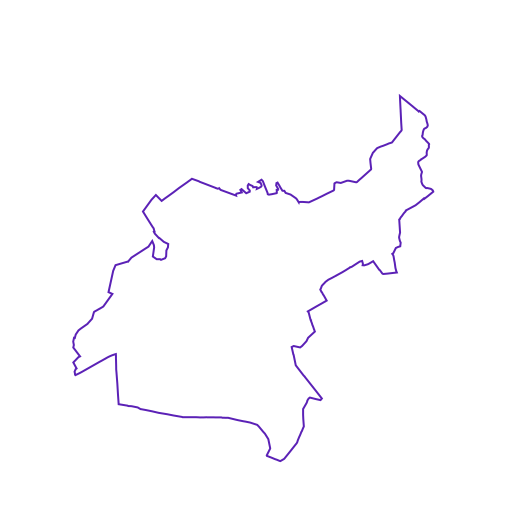 Varakļānu pag., Varaklanu, Latvia (Albers equal-area conic projection), rotated 15°
{"feature_id": "27541924B80476747550323", "entity_name": "Varakļānu pag.", "entity_type": "district", "adm_level": 2, "iso_a3": "LVA", "parent_name": "Latvia", "parent_adm1": "Varaklanu", "projection": "albers", "projection_center": [26.71, 56.607], "detail": "fine", "context": "isolated", "style": "outline", "palette": "violet", "viewbox_px": 512, "rotation_deg": 15, "n_neighbors": 0, "source": "geoboundaries", "source_scale": "gbopen_adm2", "svg_char_len": 5953}
<svg xmlns="http://www.w3.org/2000/svg" viewBox="0 0 512 512"><g transform="rotate(15 256 256)"><path d="M133.2,294.8L122.7,301.2L121.9,307.3L122.9,329.1L127.1,329.8L121.6,344.3L120.2,345.8L114.2,351.7L114.0,352.2L113.9,359.0L111.3,364.1L110.8,365.2L105.6,371.4L103.8,373.8L102.2,378.5L102.2,382.1L101.4,382.1L101.6,386.0L103.1,389.1L103.2,391.7L112.0,398.5L110.7,399.6L107.1,406.1L111.8,411.1L111.1,411.9L110.7,414.7L111.7,416.7L111.9,417.4L112.4,417.8L114.4,416.1L116.0,414.7L117.6,413.2L131.4,399.6L132.2,398.8L133.8,397.3L138.9,392.3L140.6,390.8L142.5,389.3L144.4,388.0L146.0,387.0L146.5,388.5L146.8,389.5L147.2,391.1L147.8,393.0L149.5,398.8L150.3,401.7L151.4,404.7L155.1,415.2L158.6,425.7L161.7,434.7L170.7,433.8L171.4,434.0L174.6,433.3L180.9,432.9L184.2,433.8L184.5,433.7L189.5,433.3L196.0,432.9L202.5,432.7L211.4,431.8L217.6,431.4L226.2,430.6L226.8,430.7L236.8,428.0L241.2,426.9L243.8,426.4L248.7,425.0L249.2,424.8L261.2,421.7L264.3,420.9L265.5,420.9L271.0,419.5L279.5,419.3L281.8,419.2L286.4,418.9L286.5,418.9L288.5,418.7L293.4,418.4L300.9,418.8L302.9,420.0L308.4,423.9L310.6,425.3L315.2,429.6L315.4,429.9L319.5,438.1L319.5,438.5L318.0,445.7L318.0,445.9L318.4,446.3L320.0,446.4L321.1,446.6L321.7,446.6L324.1,446.9L327.0,447.3L328.8,447.4L331.8,447.8L332.6,447.8L335.4,445.0L335.8,444.5L339.3,436.6L342.7,428.7L343.0,428.0L343.6,426.7L344.0,425.5L344.1,423.2L344.6,419.4L344.9,417.8L345.4,413.9L345.6,413.5L346.0,410.3L346.3,408.4L346.3,408.2L344.7,403.6L343.9,401.3L342.6,397.2L341.1,391.6L342.9,384.9L343.1,383.3L343.0,382.4L343.7,380.1L344.7,378.8L351.3,378.7L355.6,378.5L356.5,376.6L345.7,368.5L334.4,360.1L334.3,359.9L332.9,359.1L322.7,351.3L317.9,341.7L317.6,341.5L314.0,334.7L315.7,333.2L322.3,332.9L323.8,331.0L326.8,325.2L327.5,321.5L330.8,316.3L331.5,315.2L332.4,313.8L332.2,313.6L331.6,312.5L331.0,311.8L329.5,309.5L329.4,309.4L328.9,308.7L328.3,308.0L327.4,306.5L325.5,303.9L325.6,303.7L325.4,303.6L324.8,302.8L321.6,297.1L321.2,296.7L320.4,296.1L327.3,289.2L335.8,280.8L331.5,276.4L330.8,275.9L329.1,274.0L328.7,273.9L326.8,271.8L327.1,270.2L327.3,267.8L328.0,266.4L329.4,263.9L329.6,263.4L329.9,262.9L332.0,260.2L334.8,257.7L343.5,249.4L346.6,246.2L347.5,245.2L349.2,243.4L349.9,242.4L350.3,242.4L351.3,241.6L357.6,234.6L359.8,233.3L361.2,235.7L361.4,236.5L361.4,237.3L361.9,237.2L362.8,237.1L366.1,235.1L367.3,234.0L370.5,230.7L378.7,237.5L379.3,237.6L382.5,240.2L383.1,240.4L383.7,240.4L387.5,239.0L396.3,235.5L395.4,234.3L393.8,231.5L391.7,226.5L390.6,224.3L388.9,220.6L388.2,219.6L387.1,218.7L387.9,217.7L389.0,212.1L390.6,210.7L392.8,209.3L392.3,205.7L391.5,204.7L391.1,204.2L389.5,201.3L389.3,200.4L389.2,198.8L389.1,196.1L384.9,183.7L385.4,183.2L385.5,182.3L385.9,181.0L386.5,179.8L387.6,176.8L388.2,175.5L389.0,174.1L388.9,173.3L397.0,165.7L400.0,161.7L403.3,156.9L403.7,157.3L406.7,153.4L407.1,152.8L410.6,148.0L410.3,147.5L410.0,147.2L409.8,146.9L409.2,146.6L408.2,146.1L407.9,146.0L407.1,145.9L404.0,146.0L403.5,146.1L403.1,146.3L402.7,146.4L402.3,146.3L401.0,145.6L399.2,144.6L398.8,144.4L397.8,143.3L396.9,142.0L396.5,141.4L396.4,141.1L396.4,140.6L396.1,139.4L396.0,139.0L395.6,138.0L395.0,136.6L394.6,135.4L394.5,133.8L394.6,132.2L394.5,131.7L389.2,125.6L389.0,125.2L388.4,123.5L388.4,123.0L388.5,122.7L388.7,122.3L389.0,121.8L389.8,121.0L390.3,120.4L390.4,120.0L390.5,119.8L391.0,119.4L391.4,119.0L393.7,116.4L394.7,114.8L394.8,114.3L394.6,113.6L394.4,112.9L394.1,112.0L393.9,110.1L394.1,109.0L394.2,108.5L394.6,107.7L394.8,107.1L394.9,106.7L394.8,105.9L394.5,105.1L394.2,103.9L394.3,103.2L394.2,103.1L394.1,102.9L392.7,102.0L390.6,100.8L388.8,99.5L388.3,99.3L387.4,99.0L386.7,98.6L386.0,98.1L385.4,97.2L385.4,96.9L385.4,96.6L385.6,96.1L385.2,93.3L385.2,91.8L385.3,90.5L385.5,89.8L385.8,89.3L386.3,88.9L386.9,88.4L387.4,87.8L387.8,87.2L388.0,86.8L388.1,86.0L388.1,85.3L387.5,84.1L387.0,83.3L386.1,81.9L385.1,79.8L383.8,77.6L383.2,76.9L382.6,76.4L376.4,73.6L375.8,74.3L375.7,74.2L365.2,69.4L353.6,64.2L354.5,67.1L357.2,75.5L358.0,77.9L358.3,78.9L358.6,79.8L361.8,89.8L364.0,96.3L364.1,96.5L364.0,97.2L363.5,98.4L363.2,98.8L358.9,108.9L358.2,110.6L357.9,111.2L357.0,111.8L355.2,112.9L353.6,114.2L350.2,116.7L348.2,118.0L345.9,119.8L345.3,120.3L345.0,120.6L343.5,123.5L343.0,124.6L342.2,126.0L341.2,132.4L341.2,132.9L342.4,136.2L344.7,142.0L344.7,142.6L341.0,148.3L337.6,153.5L336.2,155.5L334.4,158.4L333.9,158.8L333.5,158.9L327.4,159.2L326.1,159.3L324.5,159.7L319.0,163.5L314.8,163.9L314.5,164.1L313.2,165.3L313.0,165.6L314.3,171.9L314.2,172.2L313.9,172.7L308.2,177.6L304.2,181.2L301.5,183.5L300.3,184.6L293.2,190.5L287.5,191.6L284.8,192.3L283.5,192.8L283.5,193.2L280.7,190.6L279.8,190.0L278.5,189.5L273.5,187.7L268.3,187.4L266.5,185.7L264.9,186.1L264.6,186.1L263.1,184.7L261.4,183.1L260.5,182.1L257.8,179.5L256.9,180.3L257.2,182.4L257.2,182.6L260.7,186.2L260.8,186.2L258.9,186.8L259.8,189.7L259.6,190.0L255.3,192.2L252.6,193.4L252.4,193.4L251.4,193.3L251.3,193.2L251.0,192.4L250.7,191.9L246.3,186.1L243.3,182.0L241.6,180.9L238.8,183.9L241.5,184.2L243.1,186.2L243.2,187.1L242.8,188.0L241.2,189.5L239.5,190.9L239.5,190.2L238.8,189.3L236.7,189.9L235.5,190.4L234.6,189.3L231.9,188.9L230.3,188.4L229.8,190.1L230.5,192.6L233.0,194.3L233.3,195.5L230.3,197.9L224.7,195.1L223.8,196.2L225.8,198.3L221.0,200.9L220.8,201.7L220.8,202.3L221.1,202.8L204.7,201.3L204.5,201.2L202.9,200.1L202.8,200.3L201.6,200.9L199.9,200.8L199.7,200.8L199.6,200.7L187.3,199.4L182.4,198.9L181.4,198.6L174.1,198.0L172.8,199.7L171.3,201.5L170.7,202.3L164.1,210.2L161.5,213.6L159.9,215.7L155.5,221.1L153.1,224.0L150.6,227.2L143.5,223.0L140.5,228.7L135.3,242.3L140.5,247.2L148.5,254.6L150.0,255.8L150.9,257.5L151.7,258.7L151.1,259.1L152.5,260.6L157.6,263.8L157.9,263.6L163.3,266.2L168.1,267.1L168.7,270.4L168.0,273.8L169.3,279.6L168.8,281.7L165.2,284.3L164.1,283.9L160.9,284.8L156.5,283.2L155.4,274.1L154.6,272.0L151.9,268.4L149.7,274.8L147.4,277.3L136.1,289.8L133.9,294.5L133.7,294.4L133.2,294.8Z" fill="none" stroke="#5b21b6" stroke-width="2"/></g></svg>